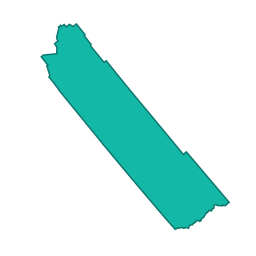 Riverside, California, United States of America, rotated 50°
{"feature_id": "52423323B62695195222235", "entity_name": "Riverside", "entity_type": "district", "adm_level": 2, "iso_a3": "USA", "parent_name": "United States of America", "parent_adm1": "California", "projection": "albers", "projection_center": [-115.203, 33.753], "detail": "fine", "context": "isolated", "style": "filled", "palette": "teal", "viewbox_px": 256, "rotation_deg": 50, "n_neighbors": 0, "source": "geoboundaries", "source_scale": "gbopen_adm2", "svg_char_len": 2558}
<svg xmlns="http://www.w3.org/2000/svg" viewBox="0 0 256 256"><g transform="rotate(50 128 128)"><path d="M250.0,98.3L190.5,98.6L183.8,98.7L183.8,102.6L155.4,102.4L133.5,102.3L109.7,102.2L93.8,102.1L78.2,101.8L62.4,101.5L62.4,104.2L49.2,104.0L47.9,104.0L41.1,103.9L40.1,102.5L36.7,102.5L29.2,102.2L28.9,100.9L17.7,100.7L15.1,100.7L15.1,102.0L15.0,104.8L11.0,106.2L10.9,110.4L7.6,110.4L7.5,113.6L5.9,113.6L6.1,115.2L6.0,115.4L6.0,116.4L6.9,116.5L12.8,124.6L13.7,125.0L15.7,125.6L16.2,125.7L16.3,130.0L20.7,130.7L25.3,134.9L21.8,140.0L17.7,146.1L17.7,148.7L28.7,149.0L28.2,150.3L31.8,151.7L36.5,153.7L37.2,154.0L37.8,154.2L38.1,155.8L45.4,155.9L49.4,156.1L53.8,156.2L53.8,156.5L66.8,156.8L67.1,156.8L69.6,156.8L123.4,157.5L125.5,157.6L172.3,157.7L220.5,157.4L235.9,157.0L236.3,155.8L236.2,155.1L236.2,154.9L237.0,153.7L237.4,153.3L237.8,152.7L238.0,152.4L238.2,151.8L238.6,151.0L238.9,150.8L239.4,150.4L239.9,150.3L240.3,150.1L240.9,149.5L240.9,149.3L240.9,148.8L241.0,148.2L242.3,147.1L243.6,146.2L243.5,145.7L242.8,144.7L242.4,143.6L242.4,142.7L243.3,141.3L243.4,141.1L243.6,140.8L243.6,140.6L243.5,140.4L243.3,140.2L243.2,139.8L243.2,139.4L243.3,139.1L243.4,138.9L243.4,138.5L243.3,138.1L243.2,137.9L243.2,137.6L243.2,137.3L243.3,137.1L243.4,136.8L243.5,136.7L243.5,136.3L243.5,136.2L243.4,136.0L243.3,135.9L243.2,135.7L243.1,135.4L243.0,135.1L243.1,134.7L243.3,134.4L243.6,134.1L244.0,133.8L244.5,133.6L245.0,133.4L245.7,133.1L245.7,132.9L245.8,132.1L245.8,131.5L245.7,131.0L245.3,130.8L245.2,130.6L245.1,130.2L244.9,130.0L244.6,129.9L244.5,129.7L244.8,129.0L244.9,128.6L245.0,128.2L245.0,127.7L245.0,127.3L244.8,126.6L244.1,124.8L243.8,123.8L243.2,122.4L243.3,122.2L243.6,122.0L243.8,121.7L243.8,121.4L243.8,121.2L243.6,120.5L243.4,120.2L243.1,119.4L243.1,119.0L243.2,118.7L243.3,118.5L243.5,118.4L244.0,118.4L244.9,117.9L245.0,117.7L245.0,116.9L245.0,116.7L244.4,116.2L244.1,115.9L244.0,115.7L243.9,115.6L243.9,115.4L243.9,115.1L244.1,115.0L244.3,114.8L244.5,114.7L244.7,114.3L244.6,114.1L244.4,113.6L243.9,113.0L243.4,112.6L243.1,112.5L242.7,112.3L242.6,112.1L242.6,111.5L243.1,110.3L243.6,109.6L244.1,109.4L244.4,109.5L244.5,109.4L245.3,109.0L245.6,108.6L246.4,107.8L246.5,107.6L246.6,107.3L246.6,107.2L247.0,106.9L247.4,106.6L247.6,106.2L247.8,106.1L248.1,106.1L248.2,105.8L248.2,105.6L248.0,105.1L248.0,104.9L248.1,104.6L248.3,104.5L248.6,104.5L249.0,104.4L249.4,104.0L249.7,103.8L249.9,103.5L250.0,103.0L250.1,102.1L250.1,101.6L249.8,101.0L249.8,100.6L249.8,100.3L249.9,99.0L250.0,98.3Z" fill="#14b8a6" stroke="#0f766e" stroke-width="1.5"/></g></svg>